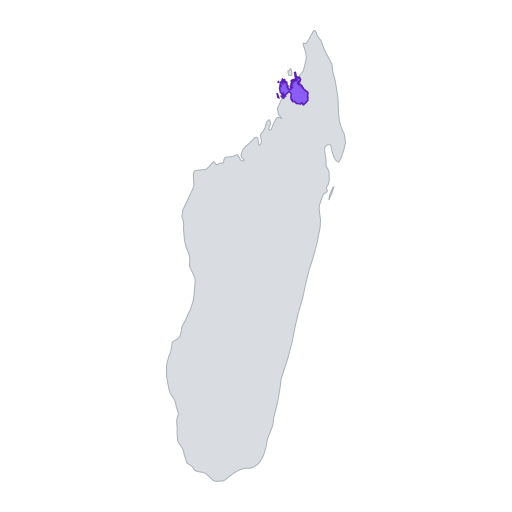 Ambanja, Diana, Madagascar (highlighted)
{"feature_id": "10022922B10293113814705", "entity_name": "Ambanja", "entity_type": "district", "adm_level": 2, "iso_a3": "MDG", "parent_name": "Madagascar", "parent_adm1": "Diana", "projection": "equal_earth", "projection_center": [48.458, -13.784], "detail": "fine", "context": "in_parent", "style": "filled", "palette": "violet", "viewbox_px": 512, "rotation_deg": 0, "n_neighbors": 0, "source": "geoboundaries", "source_scale": "gbopen_adm2", "svg_char_len": 8661}
<svg xmlns="http://www.w3.org/2000/svg" viewBox="0 0 512 512"><path d="M321.9,42.7L323.1,46.3L324.4,49.7L328.6,57.9L330.4,61.1L332.0,64.5L332.7,71.2L335.4,81.6L337.9,97.3L338.6,113.4L339.3,120.7L341.3,127.6L344.5,134.8L345.5,142.8L343.5,151.0L340.6,158.8L339.9,160.2L338.6,162.2L338.0,162.1L335.7,160.1L333.8,156.9L331.5,149.1L330.7,145.2L329.7,144.6L326.9,145.0L324.9,147.4L324.6,148.9L325.0,153.3L325.7,157.2L326.1,161.1L326.1,166.1L326.8,167.6L327.9,168.9L329.1,172.2L329.2,179.9L328.5,183.9L326.6,187.2L326.7,189.1L327.4,191.0L326.7,192.1L324.1,193.6L323.1,194.9L321.7,198.3L319.4,205.3L319.1,208.9L320.5,219.7L320.1,227.4L317.2,242.1L315.5,249.0L313.2,257.3L309.6,268.3L306.1,282.0L303.1,296.1L300.8,304.5L298.3,312.9L294.9,327.6L292.0,342.5L287.7,358.8L281.7,377.0L281.1,379.4L279.9,388.7L278.6,396.8L277.0,404.7L273.7,417.9L273.3,421.9L272.6,425.8L269.4,434.0L268.1,437.1L267.1,440.3L266.6,444.4L265.7,448.4L263.4,455.7L259.9,462.0L257.6,464.3L252.5,467.6L249.9,468.2L244.1,468.3L238.6,470.2L232.8,473.8L227.3,478.0L225.2,479.9L222.8,481.0L215.5,481.3L213.2,480.4L205.8,473.6L202.9,472.4L197.5,471.5L195.9,470.9L194.4,470.0L192.2,466.5L187.8,463.5L186.7,462.5L186.0,460.4L185.6,458.2L184.4,455.7L183.5,450.9L182.0,447.6L178.0,441.7L177.5,439.8L177.1,433.5L177.2,429.2L176.7,421.4L177.1,417.8L178.5,414.5L177.8,410.9L176.3,407.1L175.7,403.2L174.5,399.7L170.2,393.3L169.2,390.1L168.5,386.9L166.7,376.7L166.5,373.2L166.6,365.7L167.2,361.8L168.2,359.1L168.4,357.1L169.1,355.4L170.1,354.0L170.7,352.3L172.2,342.7L174.2,340.6L177.1,339.3L179.5,336.8L180.8,333.4L182.1,326.4L185.8,319.5L187.1,315.8L190.1,310.3L192.7,302.5L193.5,298.8L194.0,295.0L194.7,286.8L195.1,282.7L195.0,278.6L193.4,274.4L189.7,266.8L189.5,265.4L189.8,259.7L189.4,255.6L188.0,251.5L186.3,247.7L184.5,240.5L183.5,228.5L183.7,224.2L183.1,220.4L181.9,216.7L182.7,210.4L193.6,187.2L193.9,184.5L193.4,177.4L193.6,173.3L194.0,171.8L194.8,170.9L196.7,170.4L205.7,169.4L206.8,168.7L209.0,166.7L212.1,163.0L213.5,161.9L214.7,162.3L215.5,163.9L216.5,164.8L220.1,163.1L221.5,163.0L222.9,163.3L223.6,161.7L224.0,159.6L224.5,158.1L225.4,157.3L230.1,156.8L233.1,156.2L236.9,154.7L237.7,155.0L240.9,160.3L241.8,160.8L243.0,161.0L244.1,160.0L241.5,157.2L241.1,155.7L241.3,153.9L242.6,150.0L244.9,147.1L249.9,142.7L255.0,137.5L256.6,137.2L257.8,138.0L258.8,144.1L258.7,145.1L259.6,145.2L260.5,144.4L261.4,142.0L261.4,140.0L260.7,138.0L260.4,136.4L260.3,134.8L263.0,131.3L265.0,127.8L266.0,123.7L266.8,121.9L269.0,119.7L269.7,120.1L270.2,121.8L270.5,123.6L269.9,125.4L269.1,127.2L268.8,129.6L270.0,130.1L271.2,129.5L272.9,125.2L274.8,121.1L276.0,119.0L277.4,117.5L279.9,117.8L282.2,118.7L278.4,114.4L277.4,108.5L282.0,98.2L282.0,96.1L282.7,95.4L283.0,94.6L280.6,91.1L280.2,89.4L280.5,86.8L281.6,84.5L282.6,82.9L284.1,82.2L285.3,83.1L287.8,86.0L289.5,86.4L291.6,83.7L293.3,80.3L295.9,77.9L298.8,76.5L303.2,71.1L306.1,59.8L306.3,56.5L305.7,52.6L304.6,48.8L302.9,44.0L303.4,43.0L305.8,43.6L306.6,42.9L309.2,38.8L313.6,30.7L315.0,30.7L316.2,32.2L316.7,34.4L317.5,36.1L320.5,39.9L321.9,42.7ZM291.7,74.4L291.8,75.6L288.4,75.1L287.9,70.8L289.5,70.7L289.9,69.0L290.9,68.7L291.9,72.5L291.7,74.4ZM331.6,193.9L328.8,200.1L329.6,195.0L332.9,187.5L333.8,187.0L331.6,193.9Z" fill="#d9dde1" stroke="#a8b0b8" stroke-width="1"/><path d="M295.4,102.4L295.7,102.5L296.1,103.3L297.1,103.6L299.2,103.7L300.2,104.1L300.7,104.0L301.4,103.0L301.7,102.9L301.9,103.1L302.2,103.0L302.4,103.4L302.6,103.5L302.8,104.4L303.1,104.8L303.5,104.9L303.8,104.7L304.2,104.0L305.2,103.4L305.7,102.6L306.1,102.5L306.4,101.7L307.6,100.9L307.8,100.4L307.8,100.0L307.9,99.6L307.8,99.1L307.9,98.0L307.8,97.8L308.0,97.4L307.8,96.9L307.4,96.7L307.8,95.9L307.6,94.8L308.0,93.7L307.9,93.4L308.0,93.1L307.9,92.4L307.2,91.5L306.4,91.4L306.2,91.0L305.7,90.8L305.5,90.3L305.1,90.3L304.1,89.3L303.5,89.0L303.4,88.1L303.0,87.7L302.7,87.9L302.3,87.8L302.4,87.6L302.1,87.0L302.2,86.5L302.0,86.3L302.0,86.0L301.7,85.6L301.3,85.8L301.4,85.3L301.1,85.0L300.3,84.7L300.0,84.2L299.1,84.8L298.9,84.5L298.5,84.4L298.2,83.5L297.8,83.5L297.6,83.1L297.7,82.6L297.9,82.3L298.5,82.5L298.3,82.2L298.5,81.6L298.8,81.7L299.3,81.3L299.6,81.9L299.8,81.9L300.1,81.3L300.0,80.9L300.5,79.5L300.1,79.1L300.1,78.5L300.0,78.3L299.9,78.5L299.8,78.4L299.8,78.1L299.5,78.1L299.4,78.2L299.2,78.1L299.3,77.7L299.5,77.5L299.4,77.3L298.4,77.2L298.0,77.5L298.1,77.8L297.9,77.7L297.7,77.3L296.5,76.5L296.3,76.1L295.9,75.8L295.9,75.3L295.7,75.2L295.5,74.7L295.1,74.6L295.0,74.4L294.9,74.7L294.9,75.4L295.1,75.9L295.1,76.7L295.8,77.8L296.0,78.3L295.9,78.7L296.1,78.8L296.3,79.8L296.8,79.7L296.9,79.4L297.0,79.6L296.8,80.0L296.5,80.1L296.3,80.0L296.6,80.5L296.2,80.1L296.2,80.8L296.2,80.6L295.9,80.1L295.7,80.3L295.8,80.7L295.5,80.8L295.5,81.4L295.4,80.8L295.8,79.8L295.8,79.4L295.8,79.7L295.2,79.5L295.4,80.0L295.2,80.2L295.2,79.8L294.9,79.9L294.8,79.7L294.7,79.8L294.7,80.5L294.6,80.3L294.6,79.7L294.5,80.0L294.0,79.6L294.4,80.1L294.3,80.6L294.5,80.6L294.5,81.1L294.3,81.1L294.2,81.6L294.3,80.9L294.2,80.8L294.2,80.4L294.0,80.2L293.9,80.3L293.8,80.0L293.4,79.9L293.4,80.2L293.0,80.5L293.3,80.6L293.2,80.9L293.5,80.9L293.4,81.1L293.2,81.0L293.2,80.7L292.8,80.8L293.0,81.0L292.7,80.9L293.1,81.7L292.8,81.4L292.6,82.0L292.8,81.9L293.0,82.2L292.8,82.0L292.7,82.1L292.8,82.1L292.3,82.2L292.5,82.1L292.4,81.8L292.6,81.4L292.6,81.2L292.6,81.5L292.3,81.1L292.4,80.7L292.0,80.1L291.8,80.5L291.3,80.7L291.2,81.2L291.3,81.7L292.0,82.4L292.0,82.5L291.9,82.6L291.9,82.4L291.7,82.3L291.9,82.7L291.9,83.0L292.2,83.2L291.7,83.0L291.7,83.5L291.5,83.0L291.3,83.3L291.2,83.5L291.8,83.7L291.2,83.9L291.2,84.2L291.0,84.3L291.5,84.3L291.2,84.6L291.3,84.5L291.2,84.8L291.4,84.9L291.4,85.0L291.1,85.0L291.0,85.4L291.2,85.5L291.3,85.6L291.2,85.8L291.5,85.9L291.1,86.1L291.0,86.3L291.3,86.3L291.3,86.6L291.5,86.5L291.4,86.7L291.0,86.5L291.1,86.8L291.0,87.0L291.5,86.9L291.8,87.4L291.7,87.9L291.4,88.0L291.6,88.1L291.0,88.4L291.1,88.7L291.3,88.5L291.2,88.8L291.0,88.7L290.9,89.0L289.9,89.5L289.7,89.8L289.4,89.4L289.2,89.7L288.8,89.5L288.2,88.4L287.4,87.8L287.3,87.1L287.4,87.3L287.5,87.0L287.6,87.3L287.8,86.8L287.2,86.5L287.2,85.1L287.0,84.7L286.7,84.5L286.9,83.4L286.6,83.3L286.7,82.3L286.0,82.4L285.9,81.9L285.7,82.0L285.5,82.7L284.9,83.0L285.0,83.5L284.9,82.9L285.3,82.5L285.3,82.1L285.4,81.8L285.2,81.8L285.1,82.2L285.1,81.8L284.9,81.6L285.1,81.6L285.3,81.4L284.9,80.7L284.7,79.8L284.3,79.9L284.0,79.8L283.6,79.9L283.5,80.1L284.2,80.5L284.5,81.1L284.4,81.3L283.8,81.0L283.8,81.3L283.5,81.0L283.4,81.2L283.8,81.6L283.4,81.9L283.2,81.6L282.9,82.1L282.9,81.9L283.1,81.5L283.2,80.8L282.7,81.4L282.7,81.1L282.4,80.8L282.6,80.3L282.8,80.4L283.2,80.0L282.4,79.1L281.9,80.4L282.0,80.6L282.0,80.9L281.6,81.5L282.0,81.6L282.0,82.1L282.4,82.0L282.2,82.2L282.2,82.5L282.4,83.0L282.0,82.7L281.8,82.3L281.6,82.4L281.6,82.2L281.8,82.1L281.4,82.3L280.9,82.0L280.5,82.1L280.0,85.9L280.2,86.1L280.6,86.0L280.9,86.1L281.2,85.6L281.1,85.4L281.2,85.0L281.3,85.6L280.9,86.6L280.1,86.2L279.5,88.2L279.8,89.3L280.2,89.7L280.3,89.6L280.2,89.8L280.0,89.6L279.9,90.2L280.4,92.5L281.9,93.6L281.7,93.3L281.9,93.3L282.0,93.5L282.0,93.8L283.2,93.2L283.2,93.4L282.8,93.5L282.7,94.2L282.9,94.4L283.5,94.1L283.2,94.4L283.4,94.4L283.3,94.6L283.5,94.9L283.8,95.0L283.5,95.1L283.6,95.3L283.3,95.1L283.2,95.3L283.1,95.1L283.3,95.9L282.9,95.2L282.5,96.0L281.2,96.1L281.2,96.4L281.9,96.8L282.4,97.6L282.9,98.0L283.7,98.2L284.0,97.7L283.8,97.2L283.8,96.9L285.0,96.5L285.1,96.3L284.9,95.9L285.3,95.9L284.9,95.3L285.1,95.1L284.9,95.0L285.0,94.8L285.4,94.7L285.6,94.9L285.8,94.4L286.5,94.0L287.2,92.9L287.5,92.9L289.0,91.7L289.6,91.8L291.0,93.2L291.1,93.7L291.3,94.9L291.3,95.3L291.0,95.6L290.9,97.4L291.0,98.8L291.2,99.4L291.7,100.1L292.2,99.7L292.3,99.8L292.6,101.6L294.7,101.6L295.4,102.4ZM278.8,97.8L278.1,95.7L277.8,95.0L277.5,95.9L277.7,97.2L277.9,97.5L278.8,97.8ZM295.3,72.3L294.6,72.5L294.7,72.9L294.9,73.2L295.1,73.9L295.4,74.4L295.9,74.9L296.0,74.4L295.8,74.1L295.5,74.2L295.2,73.7L295.3,73.4L295.6,73.2L295.6,72.9L295.3,72.3ZM277.3,94.5L277.5,94.1L277.3,93.7L277.1,93.7L277.1,94.4L277.3,94.5ZM291.7,87.6L291.8,87.3L291.5,87.3L291.4,87.6L291.7,87.6ZM278.7,82.2L278.5,81.8L278.2,82.2L278.6,82.3L278.7,82.2ZM291.3,87.7L291.4,87.9L291.7,87.7L291.3,87.7ZM291.4,87.2L291.0,87.1L291.0,87.3L291.4,87.2ZM294.5,80.8L294.2,80.7L294.4,81.0L294.5,80.8ZM296.4,80.0L296.8,79.9L296.4,80.0ZM287.9,86.6L287.9,86.3L287.7,86.4L287.9,86.6ZM294.1,80.0L294.2,80.3L294.3,80.1L294.1,80.0ZM282.6,94.2L282.6,93.9L282.5,94.0L282.6,94.2ZM296.1,80.2L296.1,79.8L295.9,80.0L296.1,80.2ZM282.3,93.7L282.5,93.9L282.5,93.7L282.3,93.7ZM291.3,83.8L291.3,83.6L291.1,83.7L291.1,83.8L291.3,83.8ZM285.5,81.3L285.5,81.2L285.5,81.3Z" fill="#8b5cf6" stroke="#5b21b6" stroke-width="1.5"/></svg>